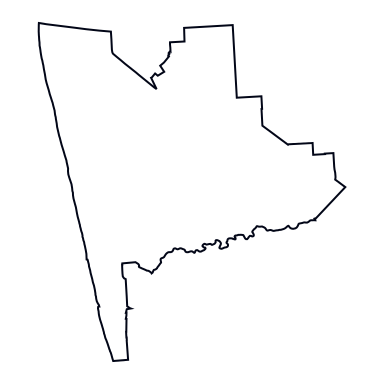 Charles Sturt, South Australia, Australia (Mercator projection)
{"feature_id": "25037944B64238988080325", "entity_name": "Charles Sturt", "entity_type": "district", "adm_level": 2, "iso_a3": "AUS", "parent_name": "Australia", "parent_adm1": "South Australia", "projection": "mercator", "projection_center": [138.527, -34.901], "detail": "fine", "context": "isolated", "style": "outline", "palette": "ink", "viewbox_px": 384, "rotation_deg": 0, "n_neighbors": 0, "source": "geoboundaries", "source_scale": "gbopen_adm2", "svg_char_len": 5903}
<svg xmlns="http://www.w3.org/2000/svg" viewBox="0 0 384 384"><path d="M345.3,187.1L335.2,179.6L335.5,177.8L335.5,176.4L335.2,172.8L334.9,171.3L334.5,169.4L334.2,166.6L333.4,153.1L324.9,153.6L325.0,154.1L313.2,154.8L312.6,143.0L288.3,144.3L288.0,144.7L262.4,125.7L261.5,109.0L262.1,108.9L261.4,96.3L236.8,97.7L232.7,25.1L208.6,26.5L184.1,27.9L184.5,41.5L170.0,42.3L170.0,44.2L170.2,46.5L170.3,47.3L170.5,51.4L170.1,51.1L168.7,53.0L169.4,53.5L168.7,54.6L169.0,54.8L168.2,55.9L168.9,56.5L164.0,62.5L160.2,65.7L164.2,71.8L157.8,75.7L155.1,73.5L151.8,77.5L151.1,77.8L156.6,89.1L154.2,87.4L138.7,74.8L136.0,72.5L124.9,63.7L120.8,60.2L116.9,57.0L113.1,53.8L112.7,53.2L112.3,52.2L111.9,49.7L111.4,39.2L110.9,31.6L99.2,30.6L86.1,29.2L75.3,27.8L46.3,24.2L38.9,23.0L38.8,24.3L38.7,31.9L38.8,32.9L38.8,34.0L38.9,35.0L38.9,35.8L39.0,36.5L39.2,40.0L39.5,42.4L39.6,45.7L40.0,47.6L40.4,50.3L40.6,52.0L41.1,55.2L41.7,58.5L42.3,60.5L42.9,63.6L43.3,65.2L43.9,69.1L44.9,74.2L45.7,79.4L46.6,83.1L48.8,90.4L49.8,94.3L50.9,97.6L52.0,101.1L52.6,102.8L53.2,105.4L54.6,110.6L55.0,114.1L55.3,115.7L55.7,117.1L55.9,119.0L56.7,123.4L57.1,126.9L59.2,136.0L59.9,138.1L60.3,139.8L61.6,144.8L63.7,151.5L64.8,155.4L65.7,158.2L66.4,160.4L66.7,162.3L68.1,168.5L68.0,171.1L68.3,174.3L69.2,177.4L71.5,184.2L72.1,187.9L72.4,191.0L72.9,192.6L73.0,195.3L73.5,198.5L74.7,203.0L75.0,204.2L75.2,204.8L75.9,207.3L77.0,213.5L77.7,216.8L79.1,221.9L79.4,223.4L79.9,224.9L80.0,226.1L80.3,227.3L80.7,228.6L80.9,229.7L81.4,231.5L82.1,233.3L82.1,233.5L82.3,234.5L82.5,235.3L82.5,236.3L82.5,236.9L83.0,238.1L83.4,240.3L84.1,242.1L84.4,244.1L84.9,246.0L85.4,248.5L85.7,249.8L86.4,253.9L86.6,259.4L86.6,259.5L86.9,259.6L87.5,259.6L87.7,260.0L88.3,262.5L88.7,263.9L88.9,264.8L89.0,266.4L90.1,270.2L90.6,273.0L92.2,278.9L92.9,282.3L94.0,285.7L94.3,287.2L94.8,289.5L95.4,293.3L95.5,295.0L96.0,296.6L96.2,298.7L96.8,301.3L97.9,303.5L98.8,304.8L99.0,305.4L99.3,306.5L98.5,306.5L98.1,306.9L98.0,308.5L98.3,310.1L98.6,311.3L98.7,312.7L98.9,314.4L99.2,316.0L100.1,319.7L101.6,324.3L102.5,327.4L103.1,329.3L103.3,330.3L103.9,332.3L104.0,333.4L104.7,335.3L105.0,336.7L105.5,338.4L106.2,339.9L107.6,343.7L109.5,349.6L109.8,350.1L110.0,351.1L110.7,352.5L111.4,354.7L112.4,358.4L113.2,361.0L128.1,359.8L127.5,351.5L126.7,340.5L126.8,340.4L126.7,337.5L126.4,337.5L126.1,331.9L126.3,331.9L126.5,318.9L125.8,318.8L126.4,315.8L126.5,312.6L125.9,312.7L126.5,310.2L126.8,309.2L130.8,308.5L130.0,308.2L127.2,306.3L126.7,296.3L125.7,279.1L124.2,278.4L123.4,277.4L122.8,276.4L122.5,273.7L122.3,270.3L122.1,264.8L122.3,264.8L122.3,263.4L135.5,262.2L138.3,264.0L138.6,264.4L139.1,265.3L139.0,266.2L138.9,266.5L139.2,267.2L140.1,267.5L141.9,268.4L143.4,269.0L145.7,270.0L146.4,270.4L146.8,270.6L147.8,270.7L148.7,270.9L150.2,271.9L150.9,272.4L151.3,272.8L151.6,273.4L152.5,272.7L152.7,272.4L153.2,271.1L153.7,270.1L153.9,269.9L155.4,269.5L156.3,268.9L157.0,268.3L157.2,267.7L158.2,266.3L158.6,265.9L159.2,265.0L159.4,264.8L160.2,263.6L161.0,262.7L161.1,262.3L160.6,260.1L160.6,259.5L160.7,259.1L160.9,258.7L161.3,258.4L161.9,258.1L163.3,257.6L164.1,257.0L165.7,254.4L166.6,253.4L167.5,252.7L168.0,252.4L168.5,252.2L171.0,252.1L172.1,251.6L172.4,251.3L173.0,250.4L173.4,249.3L173.7,248.8L174.3,248.5L174.7,248.4L175.4,248.4L177.1,249.2L177.7,249.3L178.4,249.1L179.8,248.4L180.7,248.3L181.2,248.4L184.3,249.6L184.6,249.8L184.8,250.1L185.2,251.0L185.5,251.6L186.3,252.1L186.8,252.2L188.1,252.2L190.5,251.4L191.5,251.3L192.4,251.5L194.2,252.8L194.5,252.8L194.6,252.7L194.9,252.4L195.3,251.2L195.9,250.4L196.2,250.3L197.1,250.1L197.6,250.3L199.0,251.3L199.4,251.5L199.9,251.6L200.8,251.6L201.6,251.3L202.5,250.7L203.5,250.4L204.1,250.1L205.1,249.2L205.5,248.6L205.5,248.2L205.4,248.0L205.1,247.6L204.8,247.5L204.0,247.5L203.7,247.3L202.7,246.4L202.5,246.1L202.5,245.8L202.6,245.4L203.1,244.7L203.9,244.1L204.2,243.9L204.9,243.9L205.4,244.1L206.3,244.5L206.7,244.6L209.3,244.0L210.4,243.9L210.8,244.0L211.5,244.7L211.8,244.8L212.3,244.8L214.5,243.8L215.1,243.1L215.6,242.4L215.6,241.5L215.6,240.9L215.6,240.6L215.8,240.4L216.0,240.2L216.7,240.1L217.4,240.2L217.7,240.3L219.0,240.9L219.6,241.3L220.0,241.7L220.8,242.9L220.9,243.4L220.9,243.9L220.6,244.8L220.2,245.6L219.7,246.7L219.4,247.6L219.5,248.0L219.8,248.3L220.9,248.7L221.7,248.8L223.4,248.1L224.4,247.6L226.5,247.2L227.2,246.8L227.6,246.5L227.9,245.9L228.0,245.5L228.0,244.8L227.6,243.9L226.6,243.0L226.5,242.7L226.6,242.1L227.3,241.2L227.5,240.0L227.7,239.4L228.2,238.8L229.1,238.4L230.7,238.3L231.5,238.4L232.0,238.4L232.7,238.8L233.7,239.0L234.3,239.3L235.1,239.4L235.4,239.3L235.6,238.9L235.5,238.1L235.3,237.6L234.8,237.2L234.6,236.6L234.7,236.2L234.8,236.0L235.4,235.5L235.7,235.5L236.3,235.5L237.6,235.2L237.8,235.1L238.1,234.9L241.0,234.8L243.0,235.0L243.4,235.2L243.5,235.4L243.6,235.7L243.8,235.9L244.3,236.9L244.6,237.4L244.9,238.0L245.4,238.7L245.7,238.9L246.0,239.1L247.2,239.1L247.3,239.0L248.2,238.0L248.7,237.1L249.3,236.5L249.9,235.9L251.0,235.9L252.0,236.4L252.7,236.4L253.2,236.2L253.6,235.9L253.7,235.7L253.8,235.2L253.7,234.4L252.8,232.7L252.5,232.4L252.3,232.0L252.3,231.7L252.5,231.2L253.5,229.9L253.7,229.6L254.1,229.2L254.9,228.6L255.8,227.7L256.3,227.0L256.5,226.5L256.9,226.2L257.3,226.2L258.3,226.5L259.2,226.7L260.0,226.7L261.7,226.5L262.2,226.5L263.4,227.1L263.8,227.2L264.5,227.6L265.2,228.1L266.6,230.1L267.1,230.5L267.8,230.6L269.3,230.1L270.4,230.0L271.1,230.1L273.3,230.9L273.8,230.9L276.2,230.4L278.4,230.2L279.2,229.9L280.9,229.8L283.6,229.0L284.5,228.6L285.5,228.0L286.3,227.3L287.5,226.2L288.3,225.8L288.7,226.0L289.8,227.5L290.5,228.0L291.3,228.5L292.9,228.8L293.4,228.8L295.5,228.3L296.4,227.7L296.8,227.4L297.8,225.9L298.6,224.0L299.1,223.6L302.2,223.0L303.7,222.5L304.5,222.4L306.2,222.6L307.4,222.5L307.5,222.4L308.5,221.9L310.0,220.6L310.9,220.3L314.3,220.2L315.4,220.3L315.3,219.7L315.0,219.1L314.6,218.6L316.1,218.1L345.3,187.1Z" fill="none" stroke="#020617" stroke-width="2"/></svg>